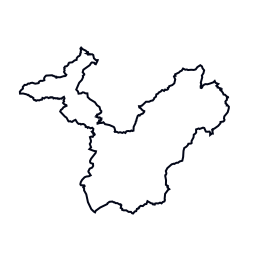 Mueang Kanchanaburi, Kanchanaburi, Thailand (Natural Earth projection), rotated 83°
{"feature_id": "78962969B12534371599047", "entity_name": "Mueang Kanchanaburi", "entity_type": "district", "adm_level": 2, "iso_a3": "THA", "parent_name": "Thailand", "parent_adm1": "Kanchanaburi", "projection": "natural_earth1", "projection_center": [99.271, 14.051], "detail": "fine", "context": "isolated", "style": "outline", "palette": "ink", "viewbox_px": 256, "rotation_deg": 83, "n_neighbors": 0, "source": "geoboundaries", "source_scale": "gbopen_adm2", "svg_char_len": 5811}
<svg xmlns="http://www.w3.org/2000/svg" viewBox="0 0 256 256"><g transform="rotate(83 128 128)"><path d="M143.9,44.5L141.5,44.6L140.9,44.3L140.7,44.6L139.9,44.7L139.4,44.0L139.2,42.5L136.9,38.2L134.6,35.7L133.3,35.5L133.2,32.7L132.5,31.6L131.5,31.2L130.3,31.6L128.2,31.0L124.6,27.2L120.9,25.6L119.2,25.3L117.6,26.4L117.6,27.2L116.7,27.0L115.6,28.1L115.2,27.8L113.9,28.2L113.1,27.7L112.1,26.4L110.2,26.2L109.9,25.0L109.3,25.1L108.9,26.0L106.8,27.7L106.4,29.1L104.7,29.5L102.6,30.7L101.3,30.5L101.8,31.6L101.4,31.9L100.6,31.9L99.9,31.4L98.7,34.1L98.1,33.8L96.9,35.1L95.3,33.0L93.8,35.6L91.9,36.2L93.1,37.8L93.9,41.4L94.3,43.9L93.9,45.5L94.1,46.8L95.2,48.6L97.0,49.7L97.3,50.2L97.0,50.9L95.3,50.8L93.3,49.9L92.1,50.3L86.6,48.1L85.0,48.3L82.9,46.5L80.0,45.4L77.9,46.7L75.9,47.1L74.5,48.6L76.0,51.7L78.1,53.7L78.4,55.6L77.9,58.2L77.8,61.4L77.1,62.4L77.1,64.1L75.7,66.1L77.7,67.8L78.0,69.2L79.1,70.6L80.5,74.7L82.0,74.5L82.0,75.6L82.4,76.1L85.5,75.2L89.3,76.6L90.8,78.8L91.5,82.0L92.5,82.4L93.0,83.5L94.0,83.3L94.7,84.2L94.8,85.8L94.4,86.5L95.6,87.7L94.7,88.8L94.5,89.6L95.8,91.1L96.5,93.2L97.4,93.7L98.1,95.8L100.3,96.4L101.4,98.3L102.3,98.6L103.7,100.1L103.8,101.9L104.5,103.9L104.1,106.9L107.5,111.4L107.4,111.8L107.9,112.8L107.7,114.4L109.0,114.3L110.2,112.7L111.3,112.2L112.9,110.6L113.2,109.8L113.9,109.9L115.4,111.4L116.2,114.1L117.1,114.9L116.5,115.9L117.2,116.9L120.5,118.5L121.9,118.8L122.3,119.4L124.0,119.9L127.5,122.2L131.3,122.9L131.5,124.2L130.9,125.0L131.5,126.3L131.0,128.1L131.0,129.5L131.3,130.2L132.6,131.2L131.6,132.7L132.2,134.2L131.2,136.4L131.5,138.1L130.5,139.5L130.2,141.6L129.9,141.7L129.4,141.0L126.4,141.4L125.2,142.0L122.8,146.1L121.4,150.3L119.3,151.7L119.8,153.2L119.6,155.3L120.0,157.7L119.2,157.7L118.9,157.2L119.2,157.0L118.0,155.3L117.8,155.8L117.1,155.8L117.3,154.7L116.8,154.8L116.6,153.5L115.8,153.2L115.3,153.2L115.4,153.8L114.1,154.6L114.0,155.2L114.3,155.8L113.2,157.8L113.1,157.4L112.0,157.8L111.9,157.0L110.9,157.0L110.7,155.2L110.0,154.4L110.0,153.6L109.2,152.7L108.0,152.4L106.8,153.3L103.7,153.7L101.6,156.0L98.4,157.7L94.8,162.3L92.4,164.2L88.7,164.1L88.4,166.1L87.4,167.4L87.1,168.7L87.9,170.1L87.9,172.9L85.6,173.2L83.6,174.7L77.1,170.9L74.6,167.9L71.9,166.3L70.8,166.5L69.7,164.9L69.0,164.9L67.2,166.2L64.7,165.2L61.0,158.3L59.1,156.8L58.5,155.8L59.2,153.4L60.4,153.0L60.8,152.2L57.3,149.9L56.9,149.8L56.8,151.5L54.7,153.3L51.3,153.6L50.4,154.7L50.4,156.4L49.9,156.8L50.4,157.8L50.2,158.9L49.4,159.0L49.0,159.9L48.6,158.4L47.7,158.5L47.3,159.6L46.1,160.5L44.3,163.3L42.5,164.7L43.3,165.5L45.4,165.2L46.9,165.8L47.5,165.6L48.4,166.4L49.4,166.4L50.5,167.5L51.1,169.1L52.5,170.4L54.1,170.7L54.4,172.8L56.0,175.3L56.0,178.4L56.7,179.2L57.8,179.4L59.2,181.2L59.3,183.0L60.5,184.0L61.1,183.6L61.9,184.1L63.3,183.9L64.5,184.7L66.8,183.6L67.6,182.7L68.3,183.1L68.8,184.1L68.7,185.5L69.4,189.1L69.0,191.6L69.4,192.8L69.3,193.1L68.3,193.0L67.9,194.7L67.2,195.3L66.9,196.5L66.4,196.9L66.0,202.8L67.0,204.2L68.4,205.2L70.4,205.2L70.8,207.4L70.5,209.0L71.0,210.3L71.7,211.0L72.3,211.0L72.6,211.6L72.7,214.7L71.4,217.5L71.5,219.2L72.0,220.4L71.7,221.6L72.7,223.2L72.8,224.1L72.6,225.4L74.4,227.4L76.1,227.5L77.4,229.5L78.8,230.9L80.7,231.0L81.0,227.9L82.3,224.4L83.1,223.5L83.0,222.7L84.4,221.8L84.9,221.1L84.7,220.7L85.3,220.5L85.5,219.6L86.6,218.3L87.3,218.5L88.7,217.8L88.9,216.8L89.5,216.5L89.8,215.6L89.4,215.0L89.5,213.7L89.8,212.7L89.3,211.4L89.4,210.0L87.7,209.2L88.5,207.5L87.6,206.2L87.7,204.4L88.7,203.0L88.0,201.4L88.5,200.8L88.1,199.8L88.6,198.8L89.6,198.4L89.3,196.9L89.9,196.0L89.7,194.8L90.3,194.4L90.2,193.5L90.8,192.9L90.5,192.1L90.8,190.2L90.0,189.5L89.3,187.8L90.9,187.4L93.0,188.6L93.8,188.2L95.2,189.4L96.7,188.3L97.8,186.4L98.5,186.3L99.6,189.6L101.0,190.8L101.9,192.4L103.4,193.3L109.0,189.2L110.2,187.8L114.0,186.3L114.3,185.9L114.2,184.5L114.9,183.6L115.1,182.6L114.2,181.3L113.5,179.1L116.3,177.8L117.9,176.6L118.0,175.0L118.4,174.1L118.7,174.1L118.5,172.2L118.8,171.5L119.6,170.5L120.5,169.9L121.5,169.9L121.5,169.5L122.0,169.4L122.2,168.2L122.9,167.9L122.4,167.0L123.7,165.3L123.4,163.5L124.6,162.5L126.7,163.1L127.2,164.4L128.3,163.8L128.5,163.2L129.3,163.2L129.2,162.3L130.3,161.8L130.8,162.1L131.1,163.0L132.5,164.1L132.0,165.6L132.4,166.9L136.2,166.3L137.5,166.6L139.2,167.9L142.7,167.0L144.3,168.9L146.4,165.0L147.2,162.6L148.8,163.2L154.0,168.4L156.1,169.7L157.7,169.7L158.5,168.9L159.2,167.1L161.4,167.2L162.9,168.4L163.7,171.0L166.1,172.6L166.7,172.6L170.4,170.8L171.1,172.7L171.1,175.2L171.6,177.1L173.9,179.9L175.9,181.4L177.8,182.1L178.4,182.1L179.1,181.6L179.6,178.4L179.9,178.2L180.4,178.2L180.6,179.4L181.5,179.7L182.3,178.9L184.6,179.2L188.7,177.5L196.7,176.8L204.1,174.3L206.7,172.2L207.7,171.0L206.2,170.1L203.5,165.2L201.0,157.9L200.3,157.6L199.0,155.4L199.1,152.4L200.0,151.3L200.1,150.4L201.0,149.6L201.3,147.7L203.2,145.1L202.9,144.6L203.8,144.0L206.4,145.0L207.4,143.6L208.5,143.8L209.2,142.4L209.5,139.7L211.3,137.7L211.6,135.3L213.1,134.3L213.5,133.4L211.7,131.5L211.5,130.0L209.4,129.0L209.3,127.6L208.8,127.5L208.6,126.7L207.8,126.5L206.8,124.9L207.3,122.8L205.7,120.6L205.7,119.0L203.0,117.6L205.6,114.1L206.0,112.7L206.8,112.6L207.3,110.8L206.3,110.3L206.2,109.2L206.6,107.2L206.0,105.3L206.9,103.9L205.8,102.7L205.3,100.8L203.9,100.1L203.0,100.3L197.9,99.2L194.3,95.8L193.7,94.5L192.1,95.9L191.5,95.6L191.1,96.1L190.3,95.6L189.0,97.3L184.4,96.6L180.2,96.9L179.3,96.7L178.9,95.9L177.5,95.4L175.3,95.7L172.6,93.8L169.4,89.1L169.0,86.8L169.3,86.4L168.4,84.1L168.6,82.6L167.5,80.8L167.1,78.1L163.5,76.8L157.5,75.7L154.7,74.6L153.7,72.4L152.4,70.8L151.0,70.0L151.1,67.4L150.7,66.7L148.7,66.5L145.3,64.1L142.6,63.5L141.8,61.9L140.8,60.9L137.7,60.6L137.1,57.8L137.7,57.1L136.8,53.5L137.3,52.3L141.0,51.2L141.4,49.9L141.5,47.5L142.7,47.0L144.9,47.3L143.8,45.5L143.9,44.5Z" fill="none" stroke="#020617" stroke-width="2"/></g></svg>